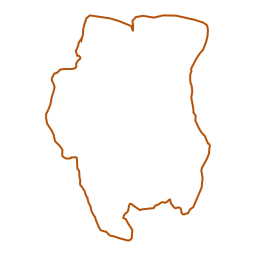 SVG path tracing the border of Suriname
{"feature_id": "SUR", "entity_name": "Suriname", "entity_type": "country or territory", "adm_level": 0, "iso_a3": "SUR", "parent_name": "South America", "parent_adm1": "", "projection": "equal_earth", "projection_center": [-56.071, 3.918], "detail": "fine", "context": "isolated", "style": "outline", "palette": "amber", "viewbox_px": 256, "rotation_deg": 0, "n_neighbors": 0, "source": "natural_earth", "source_scale": "50m", "svg_char_len": 2190}
<svg xmlns="http://www.w3.org/2000/svg" viewBox="0 0 256 256"><path d="M203.1,49.7L199.7,53.6L196.1,59.1L191.2,68.5L191.4,71.5L190.4,73.8L190.1,78.1L190.5,82.8L191.7,85.9L192.3,91.8L191.3,97.2L191.7,100.2L192.7,105.1L193.5,110.4L193.4,112.5L194.6,114.2L195.7,115.9L195.3,120.5L199.2,128.8L201.5,132.5L204.9,136.0L206.2,139.4L208.1,143.6L209.2,144.1L209.9,145.7L209.3,149.0L209.1,153.4L207.0,158.6L201.9,168.0L201.3,170.3L202.6,178.1L201.9,184.6L201.6,187.6L199.2,193.3L193.3,207.0L190.0,209.5L187.9,213.4L186.6,213.5L185.2,213.8L184.7,214.3L182.8,214.3L181.4,212.5L181.2,210.5L180.4,208.1L178.6,207.4L175.2,208.2L174.2,207.6L172.2,205.1L170.5,202.3L170.1,199.6L169.0,199.9L166.4,202.3L164.6,202.8L163.2,202.2L161.6,202.3L157.7,204.9L155.3,205.5L153.7,208.1L142.6,209.3L139.8,210.0L133.2,205.5L131.5,204.0L130.6,203.8L129.9,204.0L129.2,205.0L128.1,210.7L127.1,212.3L125.4,213.5L123.7,215.8L123.3,218.0L125.9,219.2L128.1,223.5L130.4,226.9L132.3,229.9L132.1,233.3L131.7,238.2L130.4,239.8L128.1,240.6L119.7,238.3L113.3,236.2L110.6,235.7L109.4,235.2L107.8,233.4L106.2,231.8L103.6,231.2L100.5,230.1L98.2,225.8L95.8,219.8L95.0,217.0L93.2,214.4L91.3,210.6L90.8,207.3L89.4,204.2L88.7,203.2L87.6,199.0L87.4,197.4L86.9,197.2L86.1,195.9L84.7,191.4L84.3,190.3L83.7,189.9L82.0,186.8L80.6,185.7L80.1,184.1L80.2,179.7L79.5,177.6L79.3,173.5L79.2,171.8L78.6,170.0L77.4,168.8L77.2,165.9L76.9,158.6L76.4,157.3L71.4,157.4L70.9,158.1L68.8,158.5L66.4,158.6L64.3,157.6L62.5,156.3L62.2,154.7L62.4,149.7L59.6,145.8L55.0,141.1L53.7,135.0L52.0,131.2L47.0,123.4L46.1,118.0L46.1,114.1L47.9,110.6L50.4,104.5L51.4,98.9L52.1,96.0L53.4,92.2L54.6,87.2L53.7,84.2L52.2,81.2L51.7,79.0L53.1,75.7L54.6,73.4L56.3,73.1L58.3,71.7L60.0,69.7L62.5,69.2L65.6,69.0L72.0,69.0L75.3,68.1L76.3,66.5L76.2,63.5L77.8,60.7L79.5,59.5L80.2,58.6L80.3,57.6L79.8,56.7L79.2,56.0L77.4,55.8L75.8,51.0L76.9,48.9L78.3,45.1L78.7,42.9L80.8,39.5L81.3,40.5L83.0,34.3L83.2,29.2L84.4,24.3L86.4,18.3L89.9,15.4L110.1,18.4L119.4,21.2L131.3,26.1L133.0,31.3L133.1,26.1L132.5,20.8L135.8,17.1L143.0,15.8L153.9,17.6L163.2,15.4L175.8,15.6L195.0,19.9L203.6,22.8L207.2,25.4L207.9,30.2L207.5,36.2L206.1,42.0L203.1,49.7Z" fill="none" stroke="#b45309" stroke-width="2"/></svg>